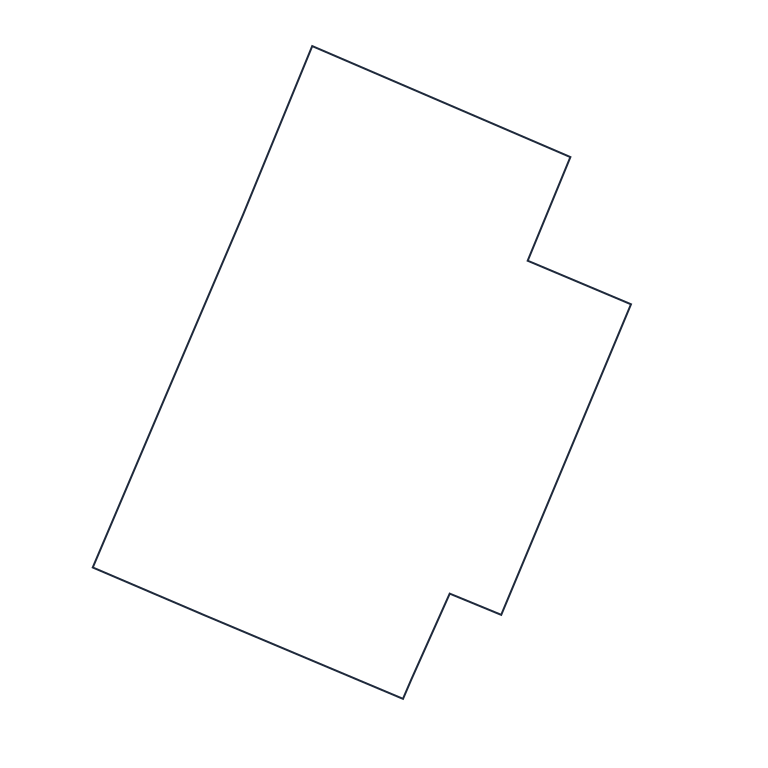 Calhoun, Mississippi, United States of America (Albers equal-area conic projection), rotated 23°
{"feature_id": "52423323B64202112169449", "entity_name": "Calhoun", "entity_type": "district", "adm_level": 2, "iso_a3": "USA", "parent_name": "United States of America", "parent_adm1": "Mississippi", "projection": "albers", "projection_center": [-89.309, 33.942], "detail": "fine", "context": "isolated", "style": "outline", "palette": "slate", "viewbox_px": 768, "rotation_deg": 23, "n_neighbors": 0, "source": "geoboundaries", "source_scale": "gbopen_adm2", "svg_char_len": 321}
<svg xmlns="http://www.w3.org/2000/svg" viewBox="0 0 768 768"><g transform="rotate(23 384 384)"><path d="M466.9,102.3L185.9,101.0L188.1,282.9L187.7,479.6L187.6,666.7L308.9,667.0L524.5,666.4L524.6,645.3L526.4,551.3L582.1,550.7L580.2,214.1L468.1,214.4L466.9,102.3Z" fill="none" stroke="#1e293b" stroke-width="2"/></g></svg>